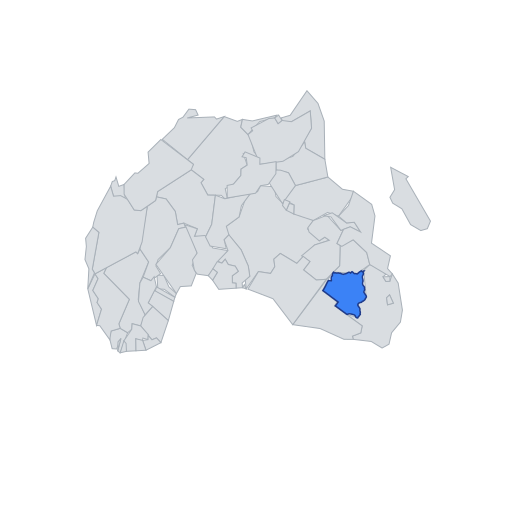 where Botswana sits in Africa, rotated 308°
{"feature_id": "BWA", "entity_name": "Botswana", "entity_type": "country or territory", "adm_level": 0, "iso_a3": "BWA", "parent_name": "Africa", "parent_adm1": "", "projection": "orthographic", "projection_center": [24.585, -22.321], "detail": "fine", "context": "in_parent", "style": "filled", "palette": "blue", "viewbox_px": 512, "rotation_deg": 308, "n_neighbors": 49, "source": "natural_earth", "source_scale": "50m", "svg_char_len": 12821}
<svg xmlns="http://www.w3.org/2000/svg" viewBox="0 0 512 512"><g transform="rotate(308 256 256)"><path d="M335.8,243.7L362.5,264.0L361.8,283.0L367.0,292.9L363.0,295.4L338.2,296.5L334.4,285.6L319.2,279.3L313.6,270.0L312.3,259.9L319.6,254.6L317.9,243.6L335.8,243.7Z" fill="#d9dde1" stroke="#a8b0b8" stroke-width="1"/><path d="M142.8,140.1L140.9,145.5L128.4,148.6L125.2,158.1L121.5,159.4L119.0,167.0L103.1,173.1L126.6,143.6L142.8,140.1Z" fill="#d9dde1" stroke="#a8b0b8" stroke-width="1"/><path d="M312.3,259.9L319.2,279.3L309.0,279.9L306.9,296.5L313.2,298.6L313.5,304.1L300.8,295.4L275.3,292.7L273.0,273.6L264.5,272.0L259.1,277.4L251.2,278.2L245.2,267.5L224.1,268.5L231.2,261.6L236.2,263.6L243.4,256.0L251.7,240.5L256.4,218.4L261.2,214.3L276.4,218.6L293.2,212.9L302.1,213.1L307.6,217.6L314.2,216.3L321.8,227.8L315.1,235.2L312.3,259.9Z" fill="#d9dde1" stroke="#a8b0b8" stroke-width="1"/><path d="M374.6,250.7L371.5,228.9L377.1,222.8L390.9,221.1L403.7,209.4L383.7,201.3L377.9,194.4L380.5,190.9L387.9,196.3L417.6,194.4L414.4,210.9L404.3,226.7L374.6,250.7Z" fill="#d9dde1" stroke="#a8b0b8" stroke-width="1"/><path d="M362.5,264.0L335.8,243.7L341.6,230.4L336.2,219.0L342.7,213.7L357.2,223.7L375.8,224.1L371.5,228.9L374.6,250.7L362.5,264.0Z" fill="#d9dde1" stroke="#a8b0b8" stroke-width="1"/><path d="M287.6,199.4L283.7,197.4L281.9,196.2L282.4,191.2L274.3,180.5L279.9,167.5L284.2,167.7L284.1,150.3L289.7,150.3L289.7,142.7L346.3,145.1L350.6,158.4L355.3,161.2L348.1,164.7L346.2,178.5L336.8,190.3L335.6,198.8L328.9,182.9L322.2,193.1L315.3,190.7L310.1,194.5L298.8,194.0L290.1,190.3L284.1,197.6L287.6,199.4Z" fill="#d9dde1" stroke="#a8b0b8" stroke-width="1"/><path d="M284.0,151.9L284.2,167.7L279.9,167.5L274.3,180.5L278.9,186.6L253.7,201.6L240.0,204.5L233.6,195.4L241.3,193.0L237.5,178.9L232.5,174.9L241.4,165.0L245.6,150.0L241.3,141.1L246.3,138.8L284.0,151.9Z" fill="#d9dde1" stroke="#a8b0b8" stroke-width="1"/><path d="M250.2,384.0L252.2,381.3L259.9,385.9L266.3,382.7L265.6,363.6L270.6,374.1L273.9,373.5L281.7,365.9L292.7,367.0L311.0,349.7L319.3,350.9L322.3,362.0L321.5,369.6L317.8,368.9L315.9,374.1L318.5,377.0L325.8,374.5L322.2,384.7L303.5,404.7L292.8,410.5L279.0,410.1L268.4,415.1L261.1,412.0L259.6,399.4L250.2,384.0ZM307.6,385.2L303.5,384.6L298.5,389.7L303.4,393.3L307.6,385.2Z" fill="#d9dde1" stroke="#a8b0b8" stroke-width="1"/><path d="M307.6,385.2L303.4,393.3L298.5,389.7L303.5,384.6L307.6,385.2Z" fill="#d9dde1" stroke="#a8b0b8" stroke-width="1"/><path d="M319.3,350.9L304.3,346.4L291.0,326.8L299.8,327.9L316.1,315.8L328.6,322.6L326.9,341.1L319.3,350.9Z" fill="#d9dde1" stroke="#a8b0b8" stroke-width="1"/><path d="M265.1,348.5L266.3,382.7L259.9,385.9L252.2,381.3L250.2,384.0L244.5,376.6L238.3,351.2L224.5,327.2L290.1,326.0L269.6,329.7L269.8,348.1L265.1,348.5Z" fill="#d9dde1" stroke="#a8b0b8" stroke-width="1"/><path d="M96.9,203.4L94.4,199.7L101.6,190.5L107.7,188.0L115.4,193.5L116.5,202.1L96.1,208.6L96.0,205.5L107.9,200.3L96.9,203.4Z" fill="#d9dde1" stroke="#a8b0b8" stroke-width="1"/><path d="M116.5,202.1L115.4,193.5L118.1,189.7L143.8,182.9L148.6,146.7L154.9,145.3L185.3,158.8L185.0,161.3L190.1,160.2L185.2,175.1L163.3,181.1L149.2,190.0L141.4,204.8L129.9,208.2L126.4,200.1L121.7,203.2L116.5,202.1Z" fill="#d9dde1" stroke="#a8b0b8" stroke-width="1"/><path d="M103.1,173.1L119.0,167.0L121.5,159.4L125.2,158.1L128.4,148.6L140.9,145.5L142.8,140.1L154.9,145.3L148.6,146.7L143.8,182.9L118.1,189.7L115.4,193.5L107.7,188.0L100.0,192.3L104.9,175.8L103.1,173.1Z" fill="#d9dde1" stroke="#a8b0b8" stroke-width="1"/><path d="M177.4,216.4L173.5,217.5L173.3,204.2L169.6,198.9L180.0,189.7L184.0,195.5L178.1,206.2L177.4,216.4Z" fill="#d9dde1" stroke="#a8b0b8" stroke-width="1"/><path d="M241.3,141.1L245.6,150.0L241.4,165.0L232.5,174.9L237.5,178.9L235.2,182.6L230.0,178.3L209.8,183.4L193.0,181.0L186.5,183.3L183.4,191.6L171.8,188.4L169.8,180.1L185.2,175.1L190.1,160.2L228.2,139.8L237.9,142.7L241.3,141.1Z" fill="#d9dde1" stroke="#a8b0b8" stroke-width="1"/><path d="M177.4,216.4L187.8,182.2L209.8,183.4L230.0,178.3L237.1,184.2L222.1,207.8L209.4,211.4L205.6,219.5L192.6,223.4L185.3,215.2L177.4,216.4Z" fill="#d9dde1" stroke="#a8b0b8" stroke-width="1"/><path d="M236.9,180.9L241.3,193.0L233.6,195.4L240.8,203.2L235.7,217.0L243.0,230.6L211.1,230.5L205.5,220.8L206.9,216.1L213.9,208.3L222.1,207.8L236.9,180.9Z" fill="#d9dde1" stroke="#a8b0b8" stroke-width="1"/><path d="M170.4,196.5L173.5,217.5L169.6,219.1L165.8,198.5L170.4,196.5Z" fill="#d9dde1" stroke="#a8b0b8" stroke-width="1"/><path d="M166.3,197.1L169.6,219.1L151.1,226.7L152.7,199.9L166.3,197.1Z" fill="#d9dde1" stroke="#a8b0b8" stroke-width="1"/><path d="M129.9,208.2L138.0,204.9L152.7,205.6L151.1,226.7L129.2,234.4L130.2,228.0L125.9,225.6L129.9,208.2Z" fill="#d9dde1" stroke="#a8b0b8" stroke-width="1"/><path d="M107.8,204.1L121.7,203.2L126.4,200.1L129.9,208.2L127.7,219.7L123.6,222.4L121.7,217.4L118.5,219.1L116.8,212.2L107.4,219.8L101.1,212.6L107.8,204.1Z" fill="#d9dde1" stroke="#a8b0b8" stroke-width="1"/><path d="M96.1,208.6L107.8,204.1L107.1,207.5L101.1,212.6L96.1,208.6Z" fill="#d9dde1" stroke="#a8b0b8" stroke-width="1"/><path d="M127.0,219.9L125.9,225.6L130.2,228.0L129.2,234.4L114.0,227.3L119.7,218.6L123.6,222.4L127.0,219.9Z" fill="#d9dde1" stroke="#a8b0b8" stroke-width="1"/><path d="M107.4,219.8L116.8,212.2L119.7,218.6L114.0,227.3L107.4,219.8Z" fill="#d9dde1" stroke="#a8b0b8" stroke-width="1"/><path d="M141.4,204.8L147.9,191.3L163.3,181.1L169.8,180.1L171.8,188.4L177.0,188.5L170.4,196.5L152.7,199.9L152.7,205.6L141.4,204.8Z" fill="#d9dde1" stroke="#a8b0b8" stroke-width="1"/><path d="M302.1,213.1L286.8,213.5L276.4,218.6L261.2,214.3L256.0,221.6L249.2,220.9L243.4,228.1L235.6,213.7L240.0,204.5L253.7,201.6L278.9,186.6L281.9,196.2L302.1,213.1Z" fill="#d9dde1" stroke="#a8b0b8" stroke-width="1"/><path d="M256.0,221.6L251.7,240.5L243.4,256.0L236.2,263.6L226.2,261.7L222.7,264.9L218.4,260.1L222.2,257.0L220.3,253.9L225.8,249.5L233.0,251.5L235.2,245.8L232.2,239.4L234.5,233.7L229.4,233.5L228.4,229.1L243.0,230.6L249.2,220.9L256.0,221.6Z" fill="#d9dde1" stroke="#a8b0b8" stroke-width="1"/><path d="M219.3,229.9L227.7,228.9L229.4,233.5L234.5,233.7L232.2,239.4L235.2,245.8L233.0,251.5L225.8,249.5L220.3,253.9L222.2,257.0L218.4,260.1L206.8,247.2L210.2,236.7L219.3,235.6L219.3,229.9Z" fill="#d9dde1" stroke="#a8b0b8" stroke-width="1"/><path d="M211.1,230.5L219.3,229.9L219.3,235.6L210.2,236.7L211.1,230.5Z" fill="#d9dde1" stroke="#a8b0b8" stroke-width="1"/><path d="M319.2,279.3L331.8,286.7L328.4,307.1L331.0,308.6L315.7,312.1L316.1,315.8L299.8,327.9L280.9,325.7L274.2,318.3L274.3,302.0L284.8,301.9L284.2,291.8L300.8,295.4L313.5,304.1L313.2,298.6L306.9,296.5L307.5,283.1L310.3,279.4L319.2,279.3Z" fill="#d9dde1" stroke="#a8b0b8" stroke-width="1"/><path d="M329.4,284.3L337.0,289.5L337.8,307.0L343.1,312.7L339.3,323.7L337.0,312.3L328.4,307.1L332.9,291.1L329.4,284.3Z" fill="#d9dde1" stroke="#a8b0b8" stroke-width="1"/><path d="M338.2,296.5L352.7,297.8L367.0,292.9L367.9,315.4L360.8,325.1L337.2,339.1L338.9,361.8L327.1,367.4L325.8,374.5L322.3,374.3L319.3,350.9L326.9,341.1L328.6,322.6L316.4,317.7L315.7,312.1L331.0,308.6L337.0,312.3L339.3,323.7L343.1,312.7L337.8,307.0L338.2,296.5Z" fill="#d9dde1" stroke="#a8b0b8" stroke-width="1"/><path d="M322.3,374.3L318.5,377.0L315.9,374.1L317.8,368.9L322.3,374.3Z" fill="#d9dde1" stroke="#a8b0b8" stroke-width="1"/><path d="M222.7,264.9L226.3,264.4L224.1,268.5L222.7,264.9ZM224.9,270.0L245.2,267.5L251.2,278.2L259.1,277.4L264.5,272.0L273.0,273.6L275.3,292.7L284.8,293.4L284.8,301.9L274.3,302.0L274.2,318.3L280.9,325.7L224.5,327.2L232.8,295.7L224.9,270.0Z" fill="#d9dde1" stroke="#a8b0b8" stroke-width="1"/><path d="M318.1,249.9L319.6,254.6L312.3,259.9L310.7,251.7L318.1,249.9Z" fill="#d9dde1" stroke="#a8b0b8" stroke-width="1"/><path d="M408.8,307.5L412.3,327.1L409.1,326.6L390.9,372.0L383.0,374.2L377.5,370.2L375.9,358.5L383.0,341.9L381.8,331.2L384.7,325.4L393.6,324.4L408.8,307.5Z" fill="#d9dde1" stroke="#a8b0b8" stroke-width="1"/><path d="M96.0,205.5L103.4,200.1L107.9,200.3L96.0,205.5Z" fill="#d9dde1" stroke="#a8b0b8" stroke-width="1"/><path d="M220.8,117.5L215.4,106.9L221.5,98.5L226.2,96.9L228.4,98.3L232.1,97.0L226.4,105.0L231.2,108.0L220.8,117.5Z" fill="#d9dde1" stroke="#a8b0b8" stroke-width="1"/><path d="M142.8,140.1L144.8,135.1L177.8,117.7L178.2,109.6L182.6,107.4L193.9,103.1L221.5,98.5L215.4,106.9L220.2,112.1L221.6,120.2L217.3,131.7L220.8,137.3L228.2,139.8L196.9,157.6L185.0,161.3L185.3,158.8L142.8,140.1Z" fill="#d9dde1" stroke="#a8b0b8" stroke-width="1"/><path d="M346.8,174.9L348.1,164.7L355.3,161.2L360.2,170.0L379.7,185.6L376.3,185.8L364.3,176.2L346.8,174.9Z" fill="#d9dde1" stroke="#a8b0b8" stroke-width="1"/><path d="M126.6,143.6L143.0,132.2L147.9,123.4L159.0,116.5L165.1,110.8L178.2,109.6L177.8,117.7L144.8,135.1L143.2,139.1L126.6,143.6Z" fill="#d9dde1" stroke="#a8b0b8" stroke-width="1"/><path d="M346.3,145.1L289.7,142.7L290.2,110.3L306.9,112.7L315.9,110.9L320.4,113.0L330.4,112.7L334.1,118.3L331.4,123.6L322.4,116.8L340.0,137.6L339.6,140.6L346.3,145.1Z" fill="#d9dde1" stroke="#a8b0b8" stroke-width="1"/><path d="M289.2,109.3L289.7,150.3L284.0,151.9L246.3,138.8L237.9,142.7L220.8,137.3L217.3,131.7L223.5,114.0L231.2,108.0L246.9,109.4L248.5,112.0L263.1,114.8L271.4,107.0L289.2,109.3Z" fill="#d9dde1" stroke="#a8b0b8" stroke-width="1"/><path d="M403.7,209.4L390.9,221.1L364.4,225.2L347.2,218.9L330.6,202.6L346.8,174.9L352.6,176.3L353.9,173.3L372.3,181.5L376.3,185.8L373.9,191.9L378.8,193.0L383.7,201.3L403.7,209.4Z" fill="#d9dde1" stroke="#a8b0b8" stroke-width="1"/><path d="M376.3,185.8L381.0,187.0L378.8,193.0L373.9,191.9L376.3,185.8Z" fill="#d9dde1" stroke="#a8b0b8" stroke-width="1"/><path d="M335.8,243.7L313.6,244.5L322.1,220.4L336.2,219.0L338.7,222.4L341.6,230.4L335.8,243.7Z" fill="#d9dde1" stroke="#a8b0b8" stroke-width="1"/><path d="M317.9,243.6L319.6,249.3L310.7,251.7L312.1,245.8L317.9,243.6Z" fill="#d9dde1" stroke="#a8b0b8" stroke-width="1"/><path d="M320.0,221.6L314.2,216.3L305.2,217.0L284.1,197.6L293.8,189.8L298.8,194.0L310.1,194.5L315.3,190.7L322.2,193.1L327.4,187.8L325.6,183.9L331.3,183.3L335.6,198.8L330.6,202.6L342.7,213.7L333.1,221.0L320.0,221.6Z" fill="#d9dde1" stroke="#a8b0b8" stroke-width="1"/><path d="M291.0,327.1L290.9,327.3L290.8,327.7L290.9,328.0L291.1,328.4L291.4,328.7L291.6,328.9L291.9,329.4L292.1,330.0L292.5,330.4L293.5,331.5L293.6,331.9L293.7,332.3L294.3,333.0L294.4,333.3L294.4,333.8L295.0,335.3L295.4,336.2L295.8,336.3L296.9,337.3L297.9,338.0L299.0,338.5L299.9,338.9L300.3,339.1L300.5,339.4L300.7,339.8L300.8,340.6L300.8,341.1L301.7,341.1L302.4,341.2L302.7,341.3L302.8,341.4L302.8,341.7L302.8,342.2L302.8,342.6L302.7,343.1L302.7,343.6L302.6,344.2L302.7,344.4L303.4,345.2L303.7,345.7L304.0,346.5L304.2,346.8L304.4,346.9L305.0,347.0L306.7,347.3L307.7,347.6L308.5,348.0L308.9,348.1L309.1,348.1L309.0,348.9L309.0,349.1L309.1,349.3L309.2,349.5L309.4,349.6L310.0,349.6L310.4,350.1L310.6,350.3L309.5,350.3L308.9,350.6L308.6,351.2L308.1,351.7L307.4,351.9L306.6,352.1L305.9,352.2L305.0,352.7L304.1,353.6L303.7,354.2L303.6,354.4L303.4,354.6L303.1,354.8L302.9,355.0L302.8,355.3L302.6,355.4L302.3,355.4L302.0,355.5L301.9,355.9L301.6,356.1L301.1,356.2L300.7,356.4L300.3,356.7L300.0,356.9L299.9,356.9L299.6,357.2L299.1,357.8L299.0,358.1L298.3,360.6L298.0,360.9L297.3,361.4L296.7,362.0L296.5,362.3L296.2,362.5L295.0,362.8L294.5,362.9L293.9,363.2L293.8,363.4L293.6,364.1L293.2,365.2L292.9,366.0L292.7,366.7L292.3,367.6L292.0,367.9L291.7,368.2L291.2,368.3L290.6,368.4L290.0,368.4L289.6,368.4L289.0,368.7L288.4,368.7L287.5,368.5L286.8,368.3L286.5,368.3L285.8,367.7L285.4,367.7L284.8,367.7L284.4,367.6L284.1,367.3L283.4,366.7L282.7,366.3L282.1,366.0L281.5,365.9L280.9,366.0L280.5,366.1L280.3,366.2L280.0,366.4L279.7,366.9L279.4,367.6L279.3,368.0L279.0,369.0L278.6,370.1L278.4,370.4L278.2,370.6L277.8,370.8L276.7,371.7L276.1,372.7L275.7,373.0L275.3,373.2L274.9,373.3L274.7,373.4L274.5,373.9L274.3,374.1L274.1,374.2L273.4,374.1L273.2,374.1L271.4,374.2L270.9,374.1L270.5,374.0L269.9,374.3L269.6,374.1L269.4,373.7L269.3,372.9L269.3,372.2L269.6,371.6L269.9,371.2L270.1,370.7L270.1,370.3L270.0,369.9L270.0,369.4L269.6,368.5L269.1,367.2L268.4,365.9L268.2,365.5L267.7,364.9L266.2,363.8L266.0,363.6L265.9,362.4L265.9,360.9L265.8,359.4L265.8,357.9L265.7,356.4L265.7,354.9L265.7,353.5L265.6,352.0L265.6,350.5L265.5,349.2L266.6,349.2L268.0,349.2L269.6,349.1L270.3,349.1L270.3,348.9L270.3,348.0L270.2,345.9L270.2,343.7L270.1,341.6L270.1,339.5L270.1,337.4L270.0,335.3L270.0,333.2L269.9,331.1L269.9,330.0L271.2,329.9L272.6,329.7L275.0,329.3L277.2,328.8L278.6,328.5L280.3,328.2L280.9,328.2L281.1,328.2L281.3,328.3L282.1,329.4L282.6,330.2L282.7,330.5L282.8,330.5L283.1,330.5L283.3,330.4L284.1,329.5L284.3,329.3L284.8,328.9L285.4,328.5L286.0,328.3L286.6,328.0L286.8,328.1L287.1,328.3L287.4,328.4L288.7,327.4L289.3,327.2L290.8,327.0L291.0,327.1Z" fill="#3b82f6" stroke="#1e3a8a" stroke-width="1.5"/></g></svg>